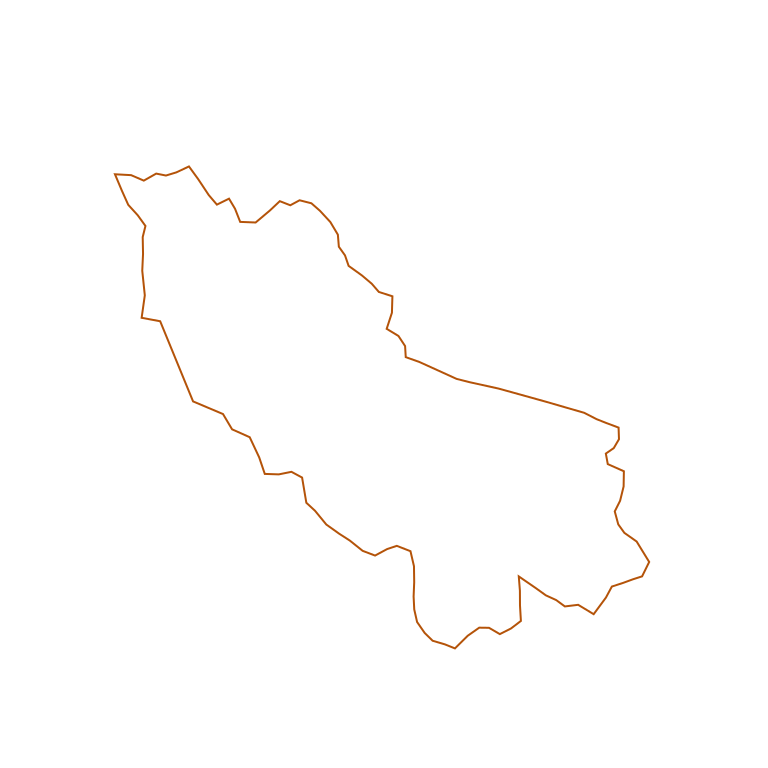 Pedreira, São Paulo, Brazil, rotated 161°
{"feature_id": "56859067B78488981040845", "entity_name": "Pedreira", "entity_type": "district", "adm_level": 2, "iso_a3": "BRA", "parent_name": "Brazil", "parent_adm1": "São Paulo", "projection": "albers", "projection_center": [-46.892, -22.763], "detail": "fine", "context": "isolated", "style": "outline", "palette": "amber", "viewbox_px": 768, "rotation_deg": 161, "n_neighbors": 0, "source": "geoboundaries", "source_scale": "gbopen_adm2", "svg_char_len": 1544}
<svg xmlns="http://www.w3.org/2000/svg" viewBox="0 0 768 768"><g transform="rotate(161 384 384)"><path d="M260.7,98.1L243.7,109.8L234.5,118.3L222.5,118.1L212.2,118.3L202.6,118.1L191.2,129.4L196.4,152.8L205.2,165.0L208.2,175.0L207.3,188.4L198.8,196.7L190.8,209.1L185.6,223.4L198.5,235.4L196.9,246.0L187.6,248.6L179.8,255.3L176.4,266.4L186.7,274.9L194.5,281.6L204.1,291.6L218.9,302.0L236.5,314.4L277.2,342.4L302.4,357.8L313.7,365.2L343.5,393.4L354.7,402.3L351.7,413.0L354.7,424.7L363.5,435.3L353.3,448.8L347.5,464.2L358.9,472.7L362.9,482.7L369.5,493.8L379.0,507.2L379.0,518.3L382.0,528.5L379.0,540.2L382.0,554.6L388.2,568.7L393.8,578.5L404.0,585.2L414.4,583.5L423.0,590.8L435.4,585.2L452.8,578.5L467.2,584.1L467.8,598.2L470.2,609.7L483.6,608.0L488.2,619.7L493.0,638.2L497.6,653.2L511.5,651.7L522.3,652.1L530.9,657.1L544.9,654.5L555.1,663.8L570.1,669.9L568.9,652.1L567.5,636.7L561.9,623.7L558.1,611.1L564.3,601.5L569.5,585.4L575.7,569.8L581.3,545.7L591.6,525.5L575.2,516.2L570.2,429.7L546.0,408.0L542.4,390.6L528.3,377.4L525.9,355.2L526.0,337.8L512.9,332.8L500.1,331.1L491.9,322.2L496.1,297.0L490.5,286.6L484.3,269.9L475.1,257.0L467.3,247.1L458.5,233.2L448.3,224.7L434.8,226.9L424.6,226.8L413.4,217.3L415.0,201.9L420.0,186.7L425.2,173.4L428.8,161.0L430.2,148.2L426.6,135.4L421.6,125.4L411.2,118.0L403.0,110.9L386.8,118.7L373.3,122.6L364.1,119.3L355.9,109.8L343.5,111.5L331.7,115.4L327.5,130.4L322.8,144.3L319.2,158.2L307.0,141.7L299.8,131.5L291.6,123.7L285.4,114.8L272.3,112.0L260.7,98.1Z" fill="none" stroke="#b45309" stroke-width="2"/></g></svg>